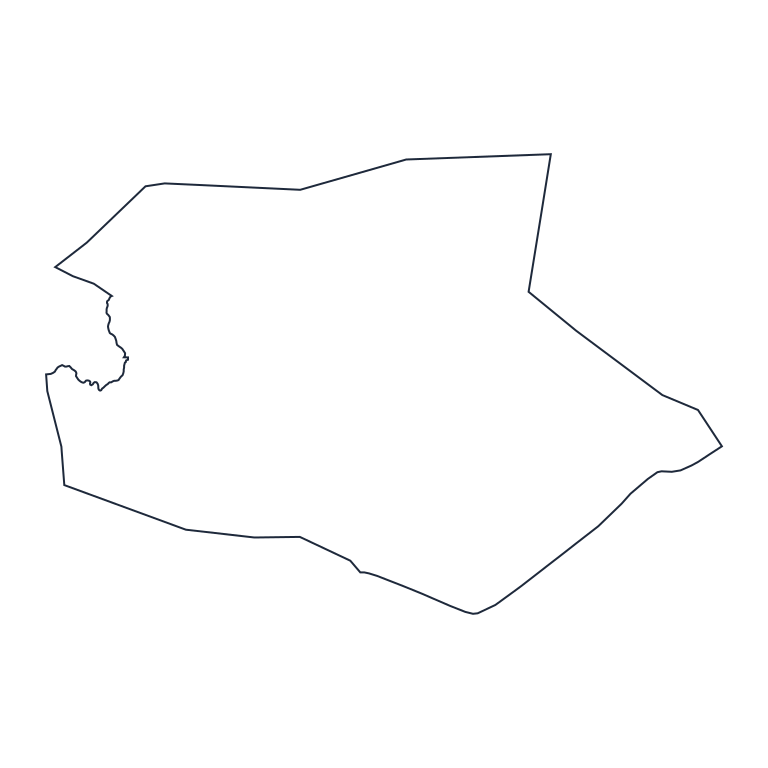 the district of Bama, Borno, Nigeria
{"feature_id": "59680162B41357004175190", "entity_name": "Bama", "entity_type": "district", "adm_level": 2, "iso_a3": "NGA", "parent_name": "Nigeria", "parent_adm1": "Borno", "projection": "robinson", "projection_center": [13.793, 11.51], "detail": "fine", "context": "isolated", "style": "outline", "palette": "slate", "viewbox_px": 768, "rotation_deg": 0, "n_neighbors": 0, "source": "geoboundaries", "source_scale": "gbopen_adm2", "svg_char_len": 2256}
<svg xmlns="http://www.w3.org/2000/svg" viewBox="0 0 768 768"><path d="M201.7,185.1L164.7,183.4L145.5,186.3L86.8,242.6L55.2,267.1L72.9,276.2L93.8,283.7L111.8,296.0L110.6,296.5L109.5,298.2L108.8,299.9L107.3,301.1L107.0,301.9L107.0,303.0L107.6,304.0L107.7,305.4L107.5,306.4L106.9,307.9L106.6,309.2L106.6,310.4L106.6,311.6L106.5,312.8L106.9,313.7L108.3,315.0L108.9,315.8L109.7,316.8L109.9,317.8L109.9,320.1L109.5,321.8L108.7,323.5L108.2,325.3L108.0,326.7L108.3,328.4L108.7,330.1L109.2,331.4L109.8,333.0L110.7,333.7L112.2,334.4L113.5,335.4L114.9,336.9L115.7,339.1L116.3,341.0L116.5,342.7L117.0,344.8L118.2,345.8L119.6,346.8L121.1,347.8L122.4,349.0L123.0,350.0L123.9,351.3L125.1,353.2L124.9,355.8L123.9,357.3L128.0,357.4L128.0,359.7L127.3,359.9L126.8,360.2L126.1,360.5L125.7,362.2L124.9,362.6L124.1,365.7L124.1,367.5L123.7,369.6L123.7,371.4L123.2,373.5L122.5,375.3L121.0,376.6L119.5,378.6L118.5,380.1L117.0,380.6L115.5,380.8L114.2,380.8L112.9,381.3L111.2,382.3L109.6,382.3L108.8,382.9L107.8,384.0L106.1,385.1L104.7,386.4L103.4,387.7L102.1,388.6L101.2,390.2L100.1,390.6L99.1,390.0L98.5,389.0L98.3,388.0L98.3,387.0L98.2,385.4L97.6,383.7L96.5,382.3L94.8,382.1L93.7,382.8L92.8,384.3L91.3,385.2L90.2,384.6L90.0,383.6L90.3,382.4L90.1,381.5L88.8,380.6L87.1,380.4L85.9,380.7L84.8,382.1L83.6,382.7L82.4,382.5L81.1,381.9L79.7,380.9L78.3,379.6L77.1,377.8L76.0,376.1L76.1,374.9L76.4,373.2L75.7,371.5L74.2,370.3L72.0,369.0L70.6,367.3L69.3,366.0L67.8,366.2L66.3,366.6L65.0,366.6L63.6,365.8L62.1,365.1L60.5,365.9L59.3,366.4L57.6,367.5L56.6,368.9L55.6,370.2L54.9,371.6L53.2,372.8L50.8,373.9L46.1,374.4L47.3,391.1L61.4,446.7L61.7,451.2L64.3,485.1L185.9,529.7L254.4,537.5L299.8,536.9L350.3,560.7L360.3,572.4L364.3,572.4L369.0,573.4L377.1,575.9L386.3,579.5L394.8,582.8L403.5,586.2L422.2,593.8L432.3,598.2L450.1,605.9L465.3,611.9L473.0,613.8L477.7,613.3L490.8,607.1L495.3,605.0L503.7,598.9L510.7,593.8L521.2,586.1L539.0,572.3L546.3,566.6L562.6,554.0L576.4,543.2L598.2,526.3L621.6,503.7L630.5,493.7L647.9,478.9L657.4,472.2L661.5,471.3L671.8,471.8L680.5,470.4L691.5,465.5L698.1,461.9L709.3,454.5L721.9,446.3L698.0,410.0L662.4,395.1L576.0,330.6L570.4,326.0L528.6,291.8L541.0,215.2L550.8,154.2L406.2,159.5L300.2,189.8L201.7,185.1Z" fill="none" stroke="#1e293b" stroke-width="2"/></svg>